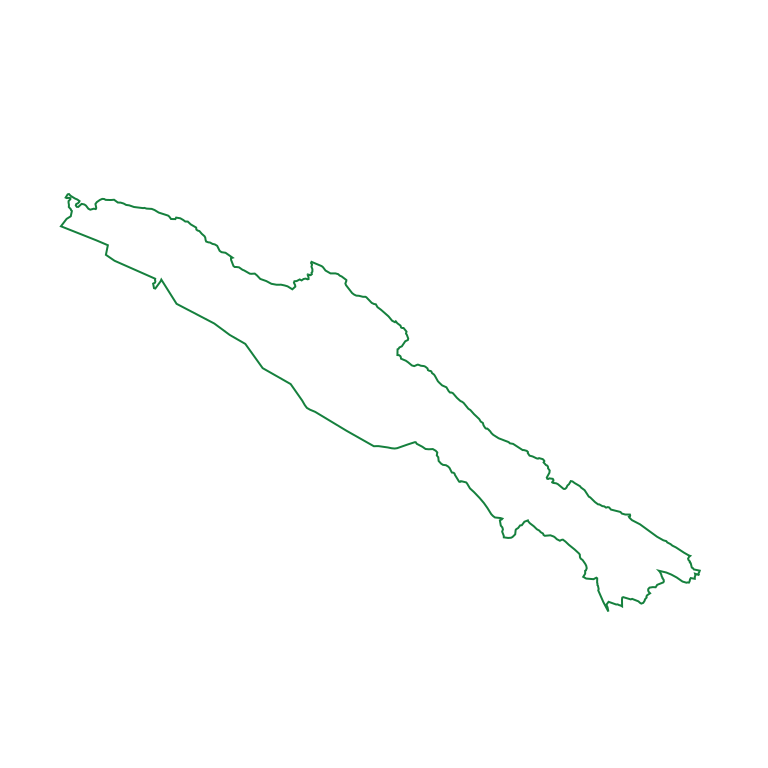 outline of Gangaw, Magway, Myanmar, rotated 305°
{"feature_id": "60261553B4120080326164", "entity_name": "Gangaw", "entity_type": "district", "adm_level": 2, "iso_a3": "MMR", "parent_name": "Myanmar", "parent_adm1": "Magway", "projection": "equal_earth", "projection_center": [94.202, 21.795], "detail": "fine", "context": "isolated", "style": "outline", "palette": "green", "viewbox_px": 768, "rotation_deg": 305, "n_neighbors": 0, "source": "geoboundaries", "source_scale": "gbopen_adm2", "svg_char_len": 6107}
<svg xmlns="http://www.w3.org/2000/svg" viewBox="0 0 768 768"><g transform="rotate(305 384 384)"><path d="M327.4,275.5L330.4,307.6L323.5,326.5L321.3,331.2L320.2,334.5L320.5,338.1L321.7,343.6L324.2,380.2L327.2,411.3L330.0,415.2L334.2,423.5L335.8,427.2L337.3,429.8L339.0,431.6L347.9,438.0L354.0,442.6L354.5,443.4L353.8,445.1L354.6,451.5L354.6,455.3L356.2,458.1L358.7,461.3L359.0,464.6L358.5,466.9L355.8,468.2L355.1,470.5L352.3,472.9L351.5,476.5L351.6,478.7L353.0,481.3L353.2,483.8L352.8,485.9L350.4,490.3L351.2,491.9L351.1,493.1L350.2,494.3L347.1,501.5L347.4,502.4L348.3,502.6L348.4,503.1L348.8,503.3L350.5,507.7L350.2,509.0L347.8,514.3L347.1,519.6L345.5,527.6L343.8,534.1L341.8,539.7L338.9,546.5L338.4,549.0L338.3,551.4L341.0,556.3L341.6,558.2L340.6,558.1L338.8,557.1L335.0,560.9L334.4,563.2L333.1,564.8L330.8,565.5L328.4,569.1L327.1,570.1L329.1,574.0L330.9,576.2L332.3,577.0L336.1,577.7L339.9,575.6L340.9,575.6L343.0,576.5L346.2,576.6L347.4,577.9L351.7,578.0L354.8,580.1L354.2,580.9L353.6,583.3L353.4,588.3L352.7,592.5L353.0,595.3L352.5,597.4L352.7,600.0L351.8,601.4L351.9,602.8L355.5,607.1L356.4,610.5L356.4,612.1L356.0,614.6L356.5,618.0L358.1,618.8L359.1,619.8L359.0,623.0L358.3,627.6L357.8,635.0L357.0,641.0L356.6,642.2L354.6,643.8L353.8,645.2L353.7,647.7L352.1,652.0L351.1,653.9L349.4,655.7L347.2,656.3L346.4,655.9L344.0,657.6L340.3,657.8L340.6,661.2L344.3,667.6L347.1,669.0L347.1,670.1L343.4,672.6L343.2,673.1L341.6,674.3L341.5,674.9L339.2,677.4L337.8,677.9L331.1,688.9L326.3,698.3L329.3,695.2L330.4,693.3L331.2,692.8L334.4,692.9L336.5,700.5L337.5,701.9L337.8,703.8L338.2,704.4L338.4,706.6L343.9,702.6L345.7,701.7L346.6,702.2L349.1,709.7L350.3,710.5L351.9,717.1L351.6,719.1L351.7,720.7L353.4,721.9L356.1,721.8L357.2,721.3L359.7,721.6L360.6,720.8L361.8,720.7L365.2,722.0L365.6,720.0L366.2,719.0L367.5,718.1L369.5,718.3L371.8,720.7L373.3,723.1L376.2,723.0L381.7,726.6L382.7,726.5L384.0,725.4L384.7,723.4L385.1,723.2L385.6,722.0L387.1,720.2L388.4,717.7L388.7,716.3L391.5,723.4L392.7,728.7L393.4,734.8L393.4,741.8L394.7,745.7L395.6,746.5L396.2,747.7L397.7,747.5L399.5,746.7L401.0,746.6L402.7,750.3L404.7,749.0L405.9,748.9L407.0,747.6L408.3,751.9L408.6,750.3L410.4,750.2L412.2,749.7L409.8,744.1L410.3,742.9L410.2,741.4L413.2,738.0L413.2,736.9L414.1,736.4L414.4,734.6L415.3,733.3L417.4,733.0L418.8,733.4L418.4,731.9L417.9,726.5L417.6,716.8L417.0,712.9L417.2,710.6L416.7,706.9L417.2,705.4L416.2,702.5L415.5,695.3L415.9,674.2L414.7,665.2L415.2,661.9L415.7,660.8L416.6,661.4L417.6,661.0L418.1,660.3L415.5,656.6L414.3,653.2L414.8,651.1L411.3,641.9L412.0,639.3L411.5,637.9L410.1,636.8L410.1,634.6L409.2,632.9L408.9,629.5L408.2,628.4L408.3,624.5L409.4,617.9L409.2,616.4L412.1,609.2L412.2,604.7L412.7,603.3L412.2,597.1L412.3,594.3L411.6,592.7L408.0,593.0L406.1,592.5L403.7,592.9L402.2,592.6L401.6,592.1L401.1,591.2L401.7,583.8L401.4,582.0L400.0,579.3L399.9,578.2L400.6,578.0L401.9,578.3L402.8,577.5L403.1,576.6L401.5,573.5L400.4,573.0L400.0,572.1L400.7,571.0L406.2,570.4L408.2,569.3L409.0,566.8L410.1,566.0L410.8,564.6L410.5,563.3L411.3,559.7L412.8,559.6L413.1,559.2L413.5,557.1L412.2,553.5L411.2,553.0L410.6,551.6L409.9,547.3L408.8,544.3L409.9,541.4L410.8,541.0L411.1,539.3L410.1,536.4L409.4,535.5L409.0,524.1L407.6,521.1L407.9,519.5L405.3,509.0L405.0,502.7L405.4,500.1L406.2,498.0L406.4,496.3L406.6,496.1L406.7,494.1L406.0,493.4L406.1,491.9L407.2,489.3L408.8,487.3L408.7,484.8L409.9,482.1L410.9,475.2L412.2,469.7L412.1,467.3L414.2,460.0L414.2,457.7L413.9,456.6L414.0,455.4L414.5,451.6L416.0,445.7L415.7,444.1L414.9,443.1L415.2,441.2L417.1,437.0L416.2,432.4L416.8,428.4L417.2,426.5L419.7,421.4L420.4,419.7L420.5,417.1L421.4,415.6L421.4,414.7L420.8,413.6L420.6,412.0L421.7,410.7L421.9,407.9L421.6,406.5L420.1,403.7L419.5,401.1L419.1,400.4L416.0,398.5L415.2,396.2L415.6,391.3L415.6,388.5L414.5,383.4L415.6,382.4L416.2,381.4L416.2,379.7L415.4,378.4L420.2,375.2L421.1,375.7L422.9,375.7L425.1,377.0L431.2,376.9L433.7,378.3L435.1,377.8L437.4,374.5L437.9,373.1L439.8,372.4L441.1,367.9L440.3,366.8L440.1,365.6L441.3,364.0L441.4,360.1L442.1,357.7L440.9,357.5L440.5,354.3L442.0,348.9L443.1,338.8L443.2,334.6L444.6,331.6L443.8,329.9L443.4,327.4L444.9,319.9L444.8,318.8L443.3,316.6L441.9,312.9L440.5,310.6L440.1,308.3L440.2,305.7L443.2,296.1L444.2,294.7L446.9,294.0L447.6,293.5L447.8,287.6L447.4,285.6L447.7,283.5L446.8,280.9L443.9,276.7L443.4,271.0L444.7,267.0L444.8,265.3L442.5,254.6L441.3,254.8L440.5,256.6L438.5,257.3L437.0,259.5L434.9,260.9L433.4,260.9L432.6,261.9L431.1,261.5L430.5,260.0L430.4,260.3L429.4,259.2L428.2,260.9L426.7,262.0L425.9,261.3L425.4,259.4L423.9,257.9L421.6,257.1L421.3,255.0L418.2,253.4L416.8,251.7L415.3,252.1L414.0,254.5L412.9,255.5L409.0,254.6L408.7,249.0L407.7,246.0L406.3,242.7L403.7,239.1L401.5,234.3L400.8,228.5L399.1,222.4L400.1,217.6L400.3,214.8L398.3,212.3L397.4,210.8L396.8,204.2L396.4,202.6L396.4,198.3L395.2,196.0L394.2,194.6L394.3,193.0L398.0,187.5L399.3,186.5L400.6,187.5L400.6,178.9L398.8,175.3L398.8,173.0L401.5,168.1L401.3,165.3L400.4,163.2L400.1,160.3L399.3,158.9L398.7,156.6L399.6,155.3L401.4,153.6L402.1,152.2L402.5,148.6L403.4,145.1L402.8,143.2L402.9,141.7L404.4,140.4L403.9,134.1L404.5,130.1L403.1,128.0L403.2,125.5L402.9,122.1L401.1,118.3L399.4,118.5L397.0,114.9L398.0,112.0L398.1,110.5L395.2,101.1L394.9,96.2L394.2,93.3L391.5,88.9L390.8,86.7L389.9,85.8L385.6,77.7L384.2,72.8L382.8,70.1L382.5,67.2L381.5,64.2L380.0,61.9L380.1,57.2L378.0,54.7L375.2,50.4L375.0,48.6L374.0,47.0L371.8,45.7L368.2,44.4L365.9,44.4L363.5,47.0L362.5,47.6L361.9,47.5L361.2,45.8L358.3,43.4L358.0,41.3L359.2,37.5L359.2,35.6L358.1,33.0L353.7,32.0L352.9,30.7L353.5,29.1L354.9,28.7L356.5,29.6L358.2,29.9L359.2,29.7L359.2,26.9L358.7,24.6L358.4,19.3L358.9,17.0L357.9,16.1L354.1,16.3L354.3,17.5L355.8,19.2L356.3,20.5L355.5,21.1L352.9,20.7L351.6,21.6L350.0,23.2L348.2,24.3L347.5,27.3L347.0,27.8L346.7,29.1L341.7,31.2L337.2,29.3L327.9,28.9L336.7,66.0L339.3,78.2L330.3,82.1L330.4,92.6L339.0,136.2L337.8,136.8L337.0,137.8L335.7,138.3L333.8,137.3L330.6,140.6L331.0,141.9L339.9,142.1L341.8,141.7L330.7,168.1L336.2,210.3L335.7,229.6L337.3,247.4L327.4,275.5Z" fill="none" stroke="#15803d" stroke-width="2"/></g></svg>